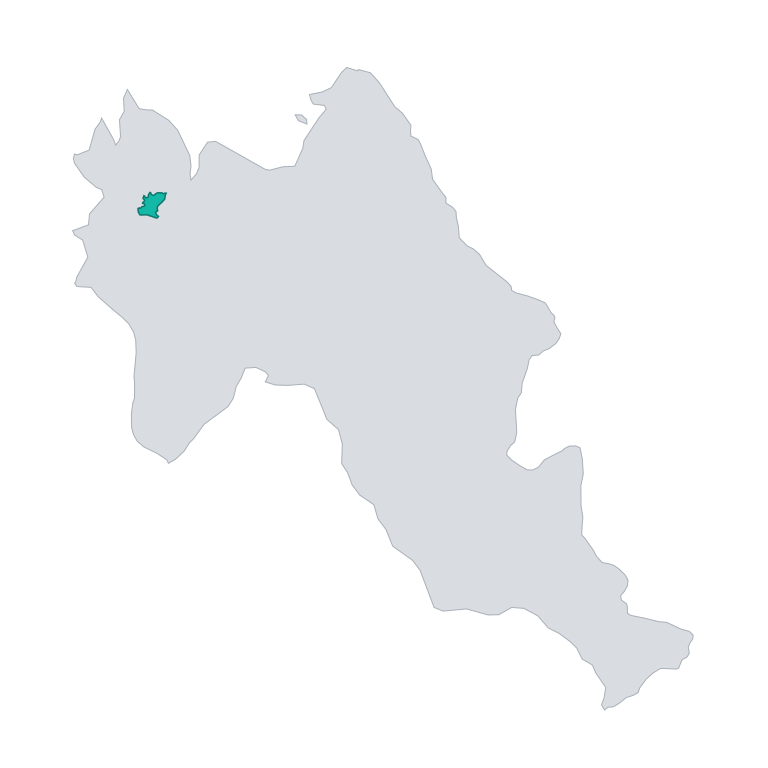 Unpha, Hwanghae-bukto, North Korea (highlighted), rotated 93°
{"feature_id": "82179303B22390657322605", "entity_name": "Unpha", "entity_type": "district", "adm_level": 2, "iso_a3": "PRK", "parent_name": "North Korea", "parent_adm1": "Hwanghae-bukto", "projection": "robinson", "projection_center": [125.8, 38.378], "detail": "fine", "context": "in_parent", "style": "filled", "palette": "teal", "viewbox_px": 768, "rotation_deg": 93, "n_neighbors": 0, "source": "geoboundaries", "source_scale": "gbopen_adm2", "svg_char_len": 4386}
<svg xmlns="http://www.w3.org/2000/svg" viewBox="0 0 768 768"><g transform="rotate(93 384 384)"><path d="M474.5,595.1L471.0,597.0L465.0,607.3L459.5,620.4L454.0,627.5L447.8,631.4L441.0,633.7L427.5,634.7L415.4,633.8L411.4,632.4L394.7,633.2L390.0,634.1L365.9,633.1L353.3,634.2L345.4,636.7L337.2,642.0L330.3,650.0L324.1,658.5L311.6,674.1L302.8,681.6L302.8,692.6L302.6,695.9L299.5,698.2L298.4,697.2L293.3,696.4L272.8,686.4L256.0,692.5L251.7,700.4L247.2,703.0L240.5,687.4L229.5,687.0L212.1,673.3L204.6,676.1L202.7,681.6L193.1,694.2L179.8,704.6L175.4,705.9L170.5,705.2L171.2,702.3L165.8,690.7L144.7,685.9L137.1,681.0L133.3,679.9L153.9,666.9L159.4,664.5L155.3,661.5L150.9,660.0L134.0,662.0L125.1,657.7L112.2,659.1L103.3,655.7L121.9,642.9L122.7,635.4L122.5,629.6L132.0,612.7L141.4,603.3L165.8,590.0L176.5,588.1L184.2,588.7L190.5,587.4L183.9,582.3L177.4,580.0L164.8,580.5L151.7,572.8L150.6,564.7L176.0,513.6L176.4,509.0L172.4,496.6L171.2,484.5L153.1,477.5L145.0,476.6L121.8,463.0L112.6,456.1L108.9,458.1L108.2,469.1L104.9,471.5L98.8,473.6L95.7,461.1L90.8,452.1L75.4,442.9L69.9,437.9L72.6,426.9L71.3,426.0L73.9,413.8L83.4,404.4L106.6,387.7L112.6,379.8L124.3,370.6L129.6,370.8L135.1,370.0L136.7,365.9L138.0,362.8L142.7,359.9L154.0,354.8L166.8,348.1L177.0,346.2L189.6,336.2L194.7,331.8L199.8,331.8L201.2,329.7L204.1,324.5L208.1,321.1L213.6,320.5L222.7,318.0L234.0,316.5L241.8,308.1L244.4,302.0L249.5,295.4L260.3,288.2L267.8,277.5L276.0,265.9L279.9,262.2L283.8,261.4L286.1,257.0L288.7,244.7L292.4,232.7L294.7,227.0L304.1,220.8L306.6,217.8L308.7,216.8L313.1,217.6L319.0,214.0L324.6,210.0L329.6,211.4L334.8,214.7L340.3,221.4L342.7,226.7L347.0,231.1L347.8,237.5L352.1,240.3L361.2,241.7L376.0,246.1L385.6,246.4L391.1,249.7L402.6,251.4L425.5,248.9L434.9,250.4L438.9,254.4L444.7,257.6L448.5,257.8L453.5,252.3L458.8,243.4L462.3,236.5L462.1,231.1L458.9,225.3L451.3,219.8L446.3,211.4L441.5,202.8L438.7,199.9L436.3,195.7L435.8,189.3L437.4,184.9L448.8,182.0L463.4,180.3L475.2,182.1L494.9,180.9L507.0,178.4L516.0,178.8L524.3,178.7L527.9,175.0L539.3,166.1L544.8,162.9L550.9,156.8L551.7,150.5L552.9,145.4L556.2,139.9L562.2,133.1L567.3,130.0L573.0,130.4L579.1,133.5L583.0,136.6L587.3,135.7L590.8,130.4L593.1,129.4L600.0,128.9L602.1,125.7L604.5,110.0L606.9,97.6L607.3,89.0L613.2,74.7L615.0,66.1L618.6,62.1L622.8,62.4L626.4,64.9L630.8,66.4L636.8,65.0L640.9,67.2L643.6,71.8L652.5,75.0L653.4,77.3L653.5,92.9L658.4,100.1L665.0,106.7L674.0,112.7L678.7,114.0L681.6,118.3L684.5,125.7L690.9,132.9L694.4,138.1L695.1,143.5L698.1,146.6L693.1,150.0L686.4,147.9L675.4,146.7L661.5,157.4L653.8,161.1L648.4,171.6L637.5,177.8L631.6,184.5L624.0,195.9L619.1,207.0L607.4,218.4L600.7,232.6L600.5,244.8L608.4,257.3L609.2,268.0L604.3,289.9L607.7,313.1L604.5,322.3L568.2,338.2L558.7,346.1L545.5,366.8L529.2,374.4L519.1,382.9L505.0,387.9L496.2,402.4L486.3,410.6L474.6,415.6L465.8,422.1L446.0,422.5L432.0,427.0L422.2,439.2L392.3,453.2L388.3,463.7L390.4,480.0L390.7,492.5L388.1,502.7L381.5,499.8L378.0,503.2L374.2,512.7L375.4,523.5L385.7,527.0L394.1,531.4L406.0,533.7L414.8,538.7L433.6,561.5L448.9,571.5L452.9,575.2L461.7,580.2L469.9,588.1L474.5,595.1ZM125.5,483.3L119.8,486.8L119.6,480.5L123.9,475.2L128.5,474.5L125.5,483.3Z" fill="#d9dde1" stroke="#a8b0b8" stroke-width="1"/><path d="M213.6,632.8L214.0,633.0L214.5,633.4L215.0,634.0L215.7,634.5L216.3,634.5L216.4,633.9L216.4,633.3L216.7,632.7L218.0,632.2L218.6,632.3L219.0,632.9L219.2,633.6L219.5,634.7L220.0,635.4L220.6,635.6L221.1,636.2L221.2,636.9L220.9,637.4L221.3,638.1L221.4,638.6L222.1,639.0L222.6,638.8L223.6,638.5L224.9,638.5L225.9,637.8L227.2,637.2L227.9,636.5L227.9,634.6L227.6,631.9L227.6,630.3L227.6,628.3L228.3,627.0L228.6,625.0L229.3,623.0L230.0,620.7L230.0,619.1L229.0,618.4L228.4,618.0L227.0,620.0L225.4,620.7L224.4,621.0L222.8,619.0L220.8,619.7L218.5,619.4L216.2,617.4L213.9,615.1L212.6,614.1L211.0,612.7L208.7,612.4L207.1,612.4L205.9,611.9L204.9,611.5L204.9,611.8L204.8,612.4L204.9,613.0L205.3,613.6L205.5,614.2L205.3,614.9L204.8,615.5L204.7,618.8L205.0,619.4L205.0,620.0L205.1,620.6L205.9,621.8L207.5,623.6L207.8,624.3L207.7,624.8L206.9,626.1L206.3,626.6L205.6,626.8L205.0,627.2L205.0,627.8L205.7,628.3L207.7,629.2L209.1,629.1L209.7,629.5L210.1,630.1L210.5,631.4L210.2,632.0L208.9,632.9L208.5,633.6L209.2,633.8L209.8,633.9L210.4,634.3L211.1,634.4L211.7,634.0L212.1,633.4L212.6,632.8L213.3,632.7L213.6,632.8Z" fill="#14b8a6" stroke="#0f766e" stroke-width="1.5"/></g></svg>